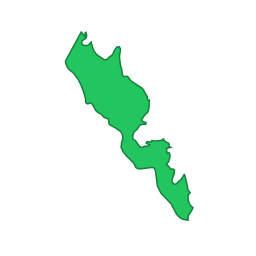 outline of Surigao del Sur, rotated 344°
{"feature_id": "PHL-2594", "entity_name": "Surigao del Sur", "entity_type": "Province", "adm_level": 1, "iso_a3": "PHL", "parent_name": "Philippines", "parent_adm1": "", "projection": "natural_earth1", "projection_center": [126.161, 8.696], "detail": "fine", "context": "isolated", "style": "filled", "palette": "green", "viewbox_px": 256, "rotation_deg": 344, "n_neighbors": 0, "source": "natural_earth", "source_scale": "10m", "svg_char_len": 2569}
<svg xmlns="http://www.w3.org/2000/svg" viewBox="0 0 256 256"><g transform="rotate(344 128 128)"><path d="M109.5,22.9L110.1,24.0L110.3,25.1L111.2,26.7L111.6,28.0L112.9,25.5L113.2,24.4L113.9,24.4L113.9,26.6L113.7,27.9L113.3,28.8L112.4,29.9L111.2,30.5L108.0,31.5L107.0,32.6L106.9,34.4L107.6,35.7L108.7,36.5L110.1,37.1L112.0,37.5L113.2,37.1L116.3,35.3L116.1,40.6L116.6,45.0L118.3,49.1L123.6,55.4L124.4,55.9L125.6,56.2L127.1,56.1L129.5,54.7L133.3,53.3L137.4,48.6L139.7,47.1L142.0,47.5L142.5,49.4L141.9,51.9L139.8,56.1L139.0,59.3L138.1,65.2L138.1,69.6L137.3,75.6L137.9,77.1L139.1,77.6L140.5,77.8L141.7,78.3L142.3,79.4L143.5,82.7L144.3,84.1L152.5,93.6L153.6,96.4L153.8,98.1L155.2,103.1L154.7,105.0L154.8,106.2L156.3,107.2L156.0,108.3L155.4,109.3L155.2,109.5L154.4,112.6L153.0,115.9L151.1,118.5L148.6,119.5L144.3,122.8L143.6,123.0L143.6,124.9L144.5,126.1L146.7,127.6L146.7,128.4L146.3,128.7L146.2,128.8L146.2,129.0L145.9,129.4L144.5,128.8L143.3,128.5L140.9,128.4L139.5,129.0L136.7,131.6L132.7,133.5L130.5,136.6L129.6,139.7L131.8,142.5L133.8,148.5L135.0,150.2L136.0,150.4L139.7,150.2L142.0,151.0L143.0,151.0L144.3,150.2L142.1,148.5L141.3,147.5L142.1,146.6L143.3,146.6L144.8,147.4L146.3,147.7L147.5,146.6L150.1,148.0L157.6,149.3L157.5,149.1L157.8,148.7L158.4,148.4L159.1,148.4L159.0,148.7L159.4,149.8L160.3,151.5L162.6,153.6L163.1,154.9L162.2,156.6L162.7,157.0L163.2,157.8L163.8,158.4L160.8,158.2L159.5,158.6L159.1,159.7L158.7,162.8L159.1,163.4L160.6,162.9L161.1,165.1L160.2,167.7L157.6,171.9L157.0,172.0L155.7,173.0L154.8,174.1L155.6,174.6L156.0,175.2L157.6,178.7L158.5,179.6L160.2,180.0L161.1,181.2L159.9,184.6L156.3,189.3L155.5,191.6L156.4,194.1L158.1,195.2L159.9,194.6L161.7,193.4L165.1,192.0L169.2,188.2L169.6,189.5L169.0,200.8L168.6,202.8L168.8,204.7L170.0,207.3L167.3,209.1L166.0,213.9L166.4,219.1L168.5,222.5L166.4,224.9L162.0,228.7L160.6,231.6L160.6,233.1L158.3,232.3L155.1,230.5L152.7,227.8L151.0,224.3L150.1,220.4L148.6,212.9L141.7,199.6L140.3,191.5L142.5,177.9L142.3,173.8L140.2,172.5L128.4,170.7L125.8,169.5L124.8,168.3L123.8,163.6L123.3,162.4L118.9,154.5L116.8,149.7L116.0,144.8L117.7,140.5L119.5,137.8L120.6,134.8L120.7,131.7L119.7,129.0L115.9,124.4L111.6,120.2L110.9,118.8L111.2,117.3L111.6,115.7L111.5,114.1L110.4,112.8L109.1,112.1L107.9,111.2L106.3,107.8L105.1,106.5L103.8,105.3L102.7,103.8L101.6,101.5L100.7,96.9L99.9,94.3L98.8,93.5L97.3,93.7L95.8,93.7L94.5,92.3L94.5,91.3L95.3,87.7L95.3,80.4L94.6,73.2L93.1,66.3L90.6,59.9L88.5,57.1L87.1,54.8L86.3,52.2L86.0,48.6L86.3,46.5L109.5,22.9L109.5,22.9Z" fill="#22c55e" stroke="#15803d" stroke-width="1.5"/></g></svg>